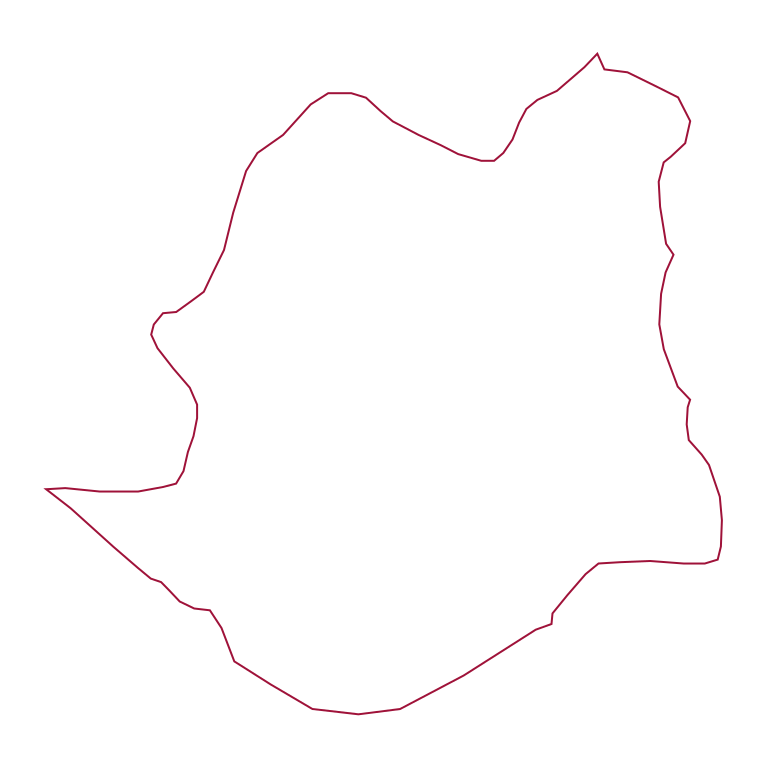 the border of Demir Kapija
{"feature_id": "MKD-2927", "entity_name": "Demir Kapija", "entity_type": "Statistical Region", "adm_level": 1, "iso_a3": "MKD", "parent_name": "North Macedonia", "parent_adm1": "", "projection": "robinson", "projection_center": [22.23, 41.383], "detail": "fine", "context": "isolated", "style": "outline", "palette": "rose", "viewbox_px": 768, "rotation_deg": 0, "n_neighbors": 0, "source": "natural_earth", "source_scale": "10m", "svg_char_len": 1311}
<svg xmlns="http://www.w3.org/2000/svg" viewBox="0 0 768 768"><path d="M481.3,160.8L494.1,160.8L503.3,153.0L512.5,139.5L519.1,122.6L526.4,108.9L537.4,99.9L556.9,90.9L584.4,67.2L597.3,53.7L604.4,69.4L627.5,72.3L657.6,87.1L678.1,97.4L690.2,121.1L685.2,143.2L670.8,156.7L663.7,162.4L658.7,181.7L660.1,206.8L666.1,243.8L673.5,254.7L665.6,272.4L661.1,293.8L659.3,324.4L663.8,349.2L677.7,386.6L690.1,399.7L687.7,407.3L686.7,424.4L688.8,440.1L701.7,454.6L709.0,465.0L719.8,496.7L721.9,520.2L720.9,546.5L717.7,559.6L704.9,563.5L683.3,563.5L650.2,561.0L620.0,562.2L598.5,563.5L585.6,574.1L567.5,595.0L552.5,613.4L551.5,624.0L535.7,629.7L463.7,675.5L400.1,709.0L358.4,714.3L312.4,709.0L270.6,684.4L234.3,661.4L221.5,628.0L209.9,610.3L194.2,608.5L179.7,601.5L169.7,590.9L161.1,582.1L150.8,578.6L138.0,568.0L113.3,546.7L70.8,508.4L46.1,489.2L50.3,489.0L65.3,488.1L99.4,491.5L138.3,491.5L163.0,487.0L176.1,483.6L183.5,471.1L187.9,452.0L193.5,436.2L197.1,418.1L197.1,404.6L189.8,387.7L173.3,368.5L157.5,348.2L151.2,334.6L153.8,324.5L163.0,313.2L176.2,312.0L191.7,300.8L203.8,291.8L212.9,272.6L224.0,250.0L233.2,212.7L246.1,171.0L257.4,153.0L283.1,134.9L310.7,104.4L328.2,93.2L351.3,93.2L366.0,97.7L380.7,111.2L392.8,121.4L418.5,134.9L440.6,145.1L458.2,154.1L481.3,160.8Z" fill="none" stroke="#9f1239" stroke-width="2"/></svg>